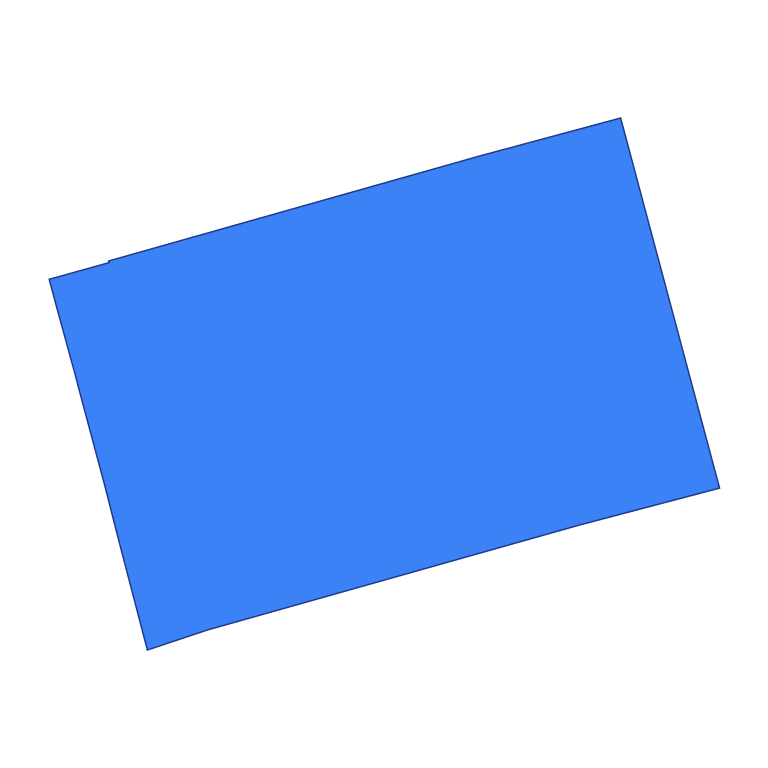 Alfalfa, Oklahoma, United States of America, rotated 255°
{"feature_id": "52423323B68543825446879", "entity_name": "Alfalfa", "entity_type": "district", "adm_level": 2, "iso_a3": "USA", "parent_name": "United States of America", "parent_adm1": "Oklahoma", "projection": "albers", "projection_center": [-98.29, 36.731], "detail": "fine", "context": "isolated", "style": "filled", "palette": "blue", "viewbox_px": 768, "rotation_deg": 255, "n_neighbors": 0, "source": "geoboundaries", "source_scale": "gbopen_adm2", "svg_char_len": 409}
<svg xmlns="http://www.w3.org/2000/svg" viewBox="0 0 768 768"><g transform="rotate(255 384 384)"><path d="M571.8,87.7L540.4,87.7L513.7,87.9L486.5,88.0L476.5,88.2L460.4,88.0L364.2,88.0L363.4,88.0L357.3,88.0L308.6,87.4L300.4,87.3L298.6,87.3L188.3,86.6L192.1,149.6L197.2,535.8L196.6,681.2L579.7,681.4L579.5,536.6L574.1,149.9L572.4,149.9L571.8,87.7Z" fill="#3b82f6" stroke="#1e3a8a" stroke-width="1.5"/></g></svg>